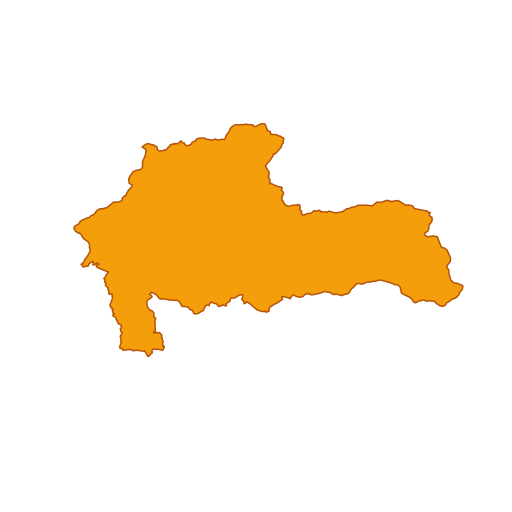 Pitalito, Huila, Colombia, rotated 232°
{"feature_id": "7082276B60713931967074", "entity_name": "Pitalito", "entity_type": "district", "adm_level": 2, "iso_a3": "COL", "parent_name": "Colombia", "parent_adm1": "Huila", "projection": "robinson", "projection_center": [-76.125, 1.831], "detail": "fine", "context": "isolated", "style": "filled", "palette": "amber", "viewbox_px": 512, "rotation_deg": 232, "n_neighbors": 0, "source": "geoboundaries", "source_scale": "gbopen_adm2", "svg_char_len": 6161}
<svg xmlns="http://www.w3.org/2000/svg" viewBox="0 0 512 512"><g transform="rotate(232 256 256)"><path d="M411.9,233.4L407.9,234.8L406.9,234.2L404.5,232.0L402.7,229.4L400.6,225.4L398.3,222.9L396.4,221.9L395.5,220.1L395.2,218.4L397.1,214.6L398.1,211.0L396.3,205.5L395.0,203.0L391.2,200.8L388.3,202.2L387.7,201.7L386.6,199.2L386.4,195.9L385.5,194.4L385.1,192.7L383.6,190.4L384.3,189.4L383.9,186.3L382.2,184.2L383.3,180.6L386.1,177.0L385.9,168.4L387.5,164.6L389.4,161.8L389.5,159.8L389.9,159.1L388.5,153.8L389.3,150.5L389.0,148.1L389.8,146.7L391.2,141.3L391.5,138.5L390.9,138.0L390.5,136.1L391.0,131.4L389.9,129.5L386.4,129.0L384.5,130.0L383.5,129.9L383.3,130.8L381.4,131.4L380.3,131.5L376.6,130.7L369.5,132.6L366.6,131.2L365.1,129.8L363.6,129.7L362.5,128.7L361.2,126.8L359.3,122.1L358.7,118.9L357.4,117.2L356.7,113.4L357.8,112.9L356.2,113.3L353.9,112.9L351.4,117.9L352.5,119.1L352.7,121.8L352.3,123.9L351.1,124.0L349.5,122.0L348.7,123.4L348.4,126.2L348.0,126.8L346.5,127.1L347.0,124.3L345.9,123.8L344.6,123.9L334.2,129.8L333.3,126.3L332.1,124.2L332.0,122.3L330.2,122.2L328.5,120.7L327.0,121.1L325.9,119.4L322.0,119.7L320.2,118.4L318.6,118.6L317.1,116.7L316.1,117.1L315.0,118.9L314.3,119.2L313.1,117.8L312.0,117.6L310.9,116.7L307.0,110.5L303.8,110.0L302.8,110.9L301.5,109.1L300.0,109.0L298.8,108.0L297.5,108.6L297.3,106.5L295.8,106.7L294.6,107.6L289.5,106.3L288.3,106.6L287.4,105.7L285.1,107.2L284.5,106.9L282.4,105.9L282.3,104.4L279.6,103.0L277.5,103.0L276.4,99.6L273.4,98.4L272.3,97.1L271.2,96.9L268.2,92.4L267.0,92.1L265.4,93.5L263.5,93.2L260.1,98.9L258.5,100.3L256.6,101.1L255.6,103.6L250.9,108.1L249.6,109.8L243.7,108.9L242.8,110.5L243.5,111.4L243.5,114.6L245.6,115.7L245.9,117.6L245.4,118.9L244.0,119.7L242.2,122.0L239.3,124.4L240.1,127.0L241.4,128.0L242.0,127.1L242.7,127.0L243.5,128.2L244.8,128.9L245.9,130.2L247.8,130.6L249.0,131.6L250.3,131.6L251.3,132.8L252.1,133.0L255.0,132.9L255.9,131.1L257.2,130.6L257.3,129.1L259.0,128.2L259.2,128.7L258.7,129.8L259.5,131.1L265.2,134.9L266.0,135.8L267.3,136.2L268.1,138.0L268.9,138.7L271.2,138.1L273.0,139.9L274.8,140.5L277.2,140.2L278.6,139.0L282.2,139.0L283.5,139.5L286.6,141.3L287.7,142.8L288.1,144.0L287.6,146.9L287.9,149.0L288.5,149.3L291.3,148.6L291.3,150.2L291.9,151.3L287.1,153.6L281.5,153.8L280.8,154.3L278.9,157.1L274.2,161.1L269.3,166.8L268.3,167.2L264.4,167.3L262.7,166.5L261.6,167.0L257.7,171.0L254.6,170.9L252.3,172.4L248.9,171.7L248.0,172.1L246.2,175.2L246.0,178.8L245.5,180.7L247.9,185.9L247.5,187.3L245.8,188.6L247.1,190.4L247.2,192.4L244.0,194.2L243.0,195.3L239.5,195.5L238.6,196.7L237.5,200.2L235.3,201.4L235.0,202.0L235.5,202.5L236.9,203.1L236.4,207.7L238.2,209.7L237.9,210.8L236.0,213.6L235.5,218.5L234.6,220.4L233.6,221.4L231.9,220.5L230.9,218.3L229.6,218.1L227.9,218.5L225.9,217.3L225.4,218.0L225.4,220.8L221.1,222.1L216.6,222.8L212.2,224.0L207.8,227.3L207.4,229.1L206.2,228.9L205.5,229.4L204.5,232.1L204.7,232.6L206.4,233.6L207.1,236.1L206.6,241.4L206.1,242.7L205.5,249.8L205.9,250.4L208.0,251.2L206.9,252.8L203.2,255.7L201.3,256.7L201.9,257.8L202.6,261.1L202.1,261.7L199.2,262.9L196.3,265.3L195.1,268.4L195.5,270.2L195.1,273.2L190.9,276.1L187.5,283.0L185.5,288.7L182.9,290.5L181.8,291.8L178.2,293.2L177.1,294.5L176.9,295.5L172.0,299.2L171.1,302.4L169.9,304.5L169.6,306.6L171.4,311.0L171.3,313.2L172.0,318.4L171.0,320.2L168.9,321.7L168.1,323.4L167.0,327.6L165.1,330.0L163.8,333.0L162.6,334.2L162.2,336.1L160.4,339.4L150.3,346.7L147.8,347.7L146.4,349.6L143.9,350.4L142.6,350.4L137.5,347.9L135.9,348.2L129.0,351.6L125.7,352.4L123.0,351.8L121.1,352.7L120.5,354.3L120.4,356.7L119.5,357.8L118.6,360.3L117.7,361.3L115.1,362.8L113.9,365.3L111.9,367.1L110.9,368.7L107.9,368.9L104.1,370.1L102.2,371.2L101.0,372.8L100.7,374.9L101.7,377.5L101.1,381.3L101.4,383.8L99.9,387.3L100.5,392.1L101.9,393.9L102.5,397.7L104.9,400.5L106.6,400.1L111.4,397.2L112.6,395.6L115.8,394.8L117.5,394.8L123.6,397.3L126.3,399.2L130.1,399.6L130.7,400.4L131.9,405.2L133.4,407.1L135.0,408.2L143.0,410.2L146.1,409.4L148.2,407.8L149.8,407.7L159.5,410.7L162.8,407.8L165.6,402.9L169.0,401.8L170.1,403.4L169.8,406.5L171.2,409.0L173.8,411.4L174.7,415.2L175.6,416.6L178.0,418.5L181.3,417.4L182.4,418.5L182.8,419.9L184.9,418.7L185.8,418.7L194.4,411.2L196.1,410.0L199.0,410.3L200.4,409.2L202.8,407.1L203.4,405.4L212.3,402.1L215.9,395.7L217.8,394.9L219.4,393.2L221.4,387.3L224.1,384.3L223.9,378.4L227.6,374.9L233.4,367.2L233.5,364.9L235.5,361.4L236.2,358.3L237.3,356.7L237.7,351.4L239.6,347.5L241.9,344.3L246.1,341.5L246.6,340.3L246.6,338.7L247.4,338.7L248.8,336.7L250.0,335.7L250.6,334.4L252.8,334.3L254.6,330.9L256.0,329.6L255.8,326.0L258.3,321.3L258.5,319.4L259.7,318.1L261.4,317.8L263.0,319.4L266.2,319.1L266.2,319.7L267.2,320.3L267.3,320.9L269.3,321.9L270.3,321.1L270.7,320.5L270.7,319.5L271.0,319.6L273.5,316.1L274.8,312.6L275.7,311.7L279.0,310.5L282.7,311.1L283.9,310.9L286.3,312.4L288.2,316.3L290.3,316.8L292.4,316.5L293.5,318.4L294.2,318.6L298.2,315.4L304.0,312.4L304.3,311.5L307.9,314.1L310.4,314.1L310.7,315.0L313.9,317.9L320.9,318.7L321.5,320.9L322.4,322.2L322.2,323.9L322.7,325.9L324.3,330.8L325.5,332.6L324.8,333.5L324.8,335.1L326.2,342.6L327.9,345.2L328.4,347.3L330.1,348.4L331.2,350.1L332.1,350.3L333.1,349.6L335.4,349.0L335.6,348.5L339.1,346.7L342.7,342.6L343.2,343.0L344.3,343.1L345.2,343.9L345.6,343.3L346.8,342.9L347.8,342.0L349.8,343.1L354.4,344.3L355.5,343.6L356.6,342.2L357.6,339.1L358.0,336.2L359.0,334.6L359.9,334.1L361.0,334.2L362.1,333.5L365.0,330.0L366.0,329.4L367.6,326.2L368.4,325.6L370.5,322.3L371.5,321.7L372.5,319.2L372.7,317.2L372.4,314.2L370.9,312.4L369.3,306.5L367.8,304.5L367.3,302.8L369.1,300.9L370.5,297.7L373.6,295.5L374.0,292.7L376.0,291.3L378.6,288.7L380.2,288.3L382.1,286.3L384.6,282.3L384.8,281.6L384.0,279.3L384.9,275.5L383.9,273.1L385.1,269.9L386.0,269.1L387.5,268.7L389.2,269.0L390.6,267.5L392.2,268.0L393.1,267.2L392.4,264.0L394.6,261.1L394.5,260.4L395.7,259.3L395.8,257.9L396.3,257.0L396.2,255.9L395.4,254.9L395.7,254.1L395.0,250.5L395.2,249.4L396.1,249.0L396.5,246.8L397.7,245.6L398.4,244.2L400.4,243.8L403.5,245.2L404.4,244.0L405.3,244.2L407.1,243.4L408.1,242.0L409.0,241.8L411.1,240.0L411.5,239.6L412.1,235.8L411.9,233.4Z" fill="#f59e0b" stroke="#b45309" stroke-width="1.5"/></g></svg>